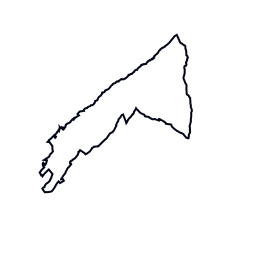 outline of Teolocholco, Tlaxcala, Mexico, rotated 310°
{"feature_id": "50627088B11304069898900", "entity_name": "Teolocholco", "entity_type": "district", "adm_level": 2, "iso_a3": "MEX", "parent_name": "Mexico", "parent_adm1": "Tlaxcala", "projection": "orthographic", "projection_center": [-98.142, 19.211], "detail": "fine", "context": "isolated", "style": "outline", "palette": "ink", "viewbox_px": 256, "rotation_deg": 310, "n_neighbors": 0, "source": "geoboundaries", "source_scale": "gbopen_adm2", "svg_char_len": 5765}
<svg xmlns="http://www.w3.org/2000/svg" viewBox="0 0 256 256"><g transform="rotate(310 128 128)"><path d="M230.7,105.5L228.4,104.7L219.6,104.8L216.2,104.3L214.7,103.7L214.3,104.0L211.8,103.1L211.7,102.8L211.2,102.6L210.4,102.6L209.0,102.2L208.3,102.4L207.0,102.1L204.8,102.7L203.8,102.4L203.4,102.5L201.6,102.1L200.6,102.2L200.1,101.9L199.3,102.2L198.7,102.9L198.2,102.9L197.9,102.3L197.4,102.6L196.4,102.6L196.2,102.3L196.3,102.1L196.2,101.8L195.7,101.8L195.2,101.6L194.6,101.7L194.3,101.2L194.0,101.3L193.9,101.1L193.4,101.1L193.0,100.9L192.8,100.6L192.6,100.5L191.6,100.7L191.0,100.3L190.6,100.5L189.9,100.4L189.1,100.7L188.7,100.7L188.2,100.1L187.5,99.7L187.3,99.2L187.0,99.1L186.9,98.9L186.6,98.6L186.1,98.7L185.8,98.5L185.7,98.3L185.2,98.1L184.9,97.6L183.2,98.0L182.1,97.5L179.7,97.3L178.4,97.6L178.3,97.1L177.2,96.4L176.4,96.5L175.8,96.3L175.1,96.6L174.7,96.6L174.3,96.4L173.4,96.1L172.9,96.3L172.1,96.3L170.9,95.2L169.7,95.1L169.1,94.3L168.5,94.6L166.6,94.6L165.6,94.3L165.2,94.4L164.1,94.1L163.6,93.8L163.2,93.4L162.7,93.5L162.3,93.2L161.4,92.1L161.5,91.6L161.2,91.4L160.7,91.4L159.9,91.1L159.2,91.1L157.6,90.4L157.4,90.8L157.2,90.7L156.4,89.5L154.4,89.3L153.4,88.9L153.1,88.6L152.2,88.1L151.4,88.3L149.5,87.9L148.1,88.1L145.9,88.1L145.0,87.9L143.9,87.4L142.4,86.5L142.0,86.4L141.3,86.8L140.8,86.8L140.3,86.7L139.5,86.3L138.9,85.6L138.4,85.4L137.7,86.2L136.3,86.1L135.2,86.3L133.3,85.8L131.7,85.9L130.8,86.3L130.3,86.3L129.9,86.6L129.4,86.6L128.4,85.9L128.0,85.8L127.6,85.5L127.4,85.6L127.4,85.8L127.1,86.0L126.6,85.9L125.5,86.4L125.0,86.2L124.5,86.4L124.0,86.4L123.3,86.2L122.6,86.1L121.7,85.0L120.3,84.9L118.4,83.8L117.1,83.8L116.3,83.1L114.8,82.5L114.0,82.4L113.8,82.7L112.9,82.7L112.7,83.1L112.4,82.7L111.8,82.1L111.1,81.9L109.9,80.6L109.4,80.4L106.3,80.3L106.1,81.2L106.1,82.3L104.7,81.9L103.4,81.3L102.3,81.2L101.5,80.5L101.3,80.9L99.5,81.0L99.7,80.1L98.9,79.9L98.1,79.8L97.7,80.0L96.1,79.8L95.7,80.0L95.1,80.0L94.7,79.7L93.6,79.5L92.6,78.7L91.7,78.7L90.7,78.2L90.0,78.7L89.5,78.7L88.8,79.3L88.4,79.1L87.8,79.4L87.2,79.0L87.1,78.8L86.9,79.0L86.5,79.0L86.3,79.5L85.2,79.5L85.0,79.4L85.2,78.4L85.1,77.8L86.3,77.8L86.3,77.7L85.9,76.4L84.6,76.1L84.8,75.1L84.3,75.6L83.4,75.8L82.9,76.3L81.3,77.2L81.3,76.2L80.2,76.5L79.9,76.3L79.3,76.3L78.9,76.6L76.9,76.5L75.6,76.2L75.0,78.5L73.7,78.5L74.3,76.1L69.9,75.7L68.0,75.2L67.7,75.6L67.3,75.4L65.7,75.4L66.7,76.8L65.5,81.8L65.1,81.9L62.3,84.7L62.0,85.5L60.0,85.6L57.9,85.3L55.2,86.0L49.6,84.3L51.1,86.7L48.0,88.1L46.4,88.2L46.9,85.4L46.5,85.4L45.7,85.7L45.1,86.3L45.1,86.5L44.7,86.7L44.2,88.1L44.0,89.1L39.9,88.7L38.6,89.0L37.2,88.9L36.0,91.8L36.6,92.0L36.0,93.5L39.6,93.4L43.1,93.7L45.3,94.0L44.2,99.8L41.5,100.7L40.7,101.2L39.6,101.4L39.2,101.6L38.9,101.5L37.6,101.9L37.0,102.1L34.3,101.7L32.9,101.2L31.4,101.2L30.0,101.5L29.6,101.8L28.9,102.0L28.0,101.4L26.4,101.4L25.4,105.1L25.3,105.7L26.5,106.7L27.3,107.8L29.9,110.0L31.6,110.4L32.5,110.2L33.7,110.2L35.4,110.0L36.2,109.7L37.4,109.7L38.5,109.3L39.5,109.3L40.6,109.1L42.5,109.2L42.1,111.3L46.3,112.8L47.1,110.4L45.8,109.9L45.7,109.8L46.2,109.5L47.5,109.5L49.3,109.1L53.2,109.0L54.5,108.4L56.9,108.0L57.6,107.7L59.2,107.6L60.5,107.9L61.3,107.7L61.9,107.8L62.6,107.7L63.3,107.8L63.6,106.8L64.0,107.1L64.4,105.7L64.8,105.7L65.2,105.3L65.7,105.5L66.1,105.5L66.4,105.7L67.4,106.1L68.2,105.9L69.1,106.5L69.7,106.5L70.4,106.8L72.3,106.9L75.6,106.7L76.1,106.3L77.4,105.9L77.8,105.5L78.1,105.8L78.4,105.8L79.7,105.5L80.1,105.5L80.0,105.9L80.4,106.7L80.7,110.3L80.9,110.6L80.5,112.3L81.1,112.5L82.1,113.1L83.0,113.2L84.8,113.7L85.7,113.8L87.5,113.7L88.3,113.7L89.4,113.3L90.6,113.8L91.6,113.9L91.6,114.1L93.0,115.1L94.0,116.1L94.3,116.7L95.0,117.0L95.5,116.8L96.2,117.2L97.4,117.1L98.8,117.4L100.7,117.4L102.2,117.7L104.0,117.7L105.3,118.2L107.4,118.2L108.4,118.0L112.3,117.7L114.7,118.7L115.5,118.9L116.4,118.7L117.1,118.8L119.2,118.3L120.2,118.0L122.3,117.6L122.5,117.0L125.5,116.1L126.9,116.1L128.1,115.4L129.0,115.2L131.4,115.3L133.4,114.9L134.1,115.0L135.2,115.5L131.9,121.6L130.6,123.6L131.9,123.5L132.4,123.1L133.2,123.0L133.6,123.1L134.2,122.8L135.1,122.7L136.8,122.7L137.8,123.0L138.3,123.0L139.5,122.8L140.6,122.9L141.3,122.7L141.9,123.0L142.0,122.8L143.1,122.8L144.5,122.1L146.7,122.0L148.3,121.5L148.2,121.9L147.9,122.4L148.0,123.7L147.5,127.8L148.6,132.0L148.5,132.5L147.9,133.2L148.0,134.0L148.5,134.5L149.4,136.0L149.5,136.6L149.9,137.3L149.8,138.7L149.9,139.3L150.2,139.7L150.3,140.8L151.0,141.9L152.2,142.8L152.8,145.0L153.4,146.0L153.6,147.0L154.0,146.9L154.9,146.1L155.3,146.7L155.3,146.8L154.9,147.4L155.6,148.8L155.9,150.3L156.2,152.8L156.0,153.3L156.1,153.7L155.6,154.2L157.3,157.1L158.3,158.4L158.1,158.8L158.2,159.4L157.6,160.1L157.3,161.0L157.1,163.7L157.2,166.0L157.3,167.6L157.7,168.8L157.8,169.7L157.7,170.2L158.5,172.4L158.9,173.8L158.9,174.5L158.4,176.3L158.3,177.5L158.0,178.8L158.5,179.5L158.4,179.9L158.7,180.7L159.4,180.9L162.2,178.8L163.5,178.7L164.0,178.3L164.5,178.3L164.8,177.9L165.7,177.5L166.3,176.4L166.9,176.2L168.0,175.4L168.5,174.4L169.1,174.0L173.8,171.8L174.3,171.0L176.5,169.7L179.0,167.8L180.1,166.7L181.0,166.3L181.9,166.1L182.5,165.7L183.5,164.3L184.6,162.3L185.5,161.9L186.8,160.1L187.7,159.3L188.2,159.0L189.8,157.3L190.9,156.4L191.2,154.8L191.8,153.7L191.6,151.5L191.9,151.0L195.6,147.5L198.1,145.6L198.9,144.5L199.1,143.4L201.7,138.6L202.5,138.0L206.1,136.4L207.4,135.3L209.4,133.8L210.0,132.6L210.9,132.0L211.6,131.6L212.3,131.7L212.6,132.3L214.0,132.1L214.6,131.6L214.9,130.8L215.3,130.4L216.6,130.2L217.2,129.8L218.1,129.6L218.8,128.9L219.3,129.0L219.8,128.6L220.4,128.6L221.3,127.0L221.2,126.0L224.6,122.9L225.5,121.3L226.7,120.0L227.1,119.8L227.6,119.1L227.7,118.3L227.4,117.4L227.3,116.1L227.4,115.3L227.2,115.0L227.1,113.8L227.0,113.1L230.7,105.5Z" fill="none" stroke="#020617" stroke-width="2"/></g></svg>